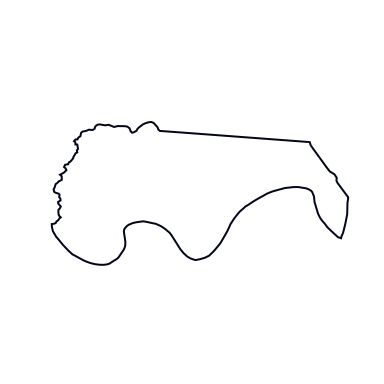 Palestina do Pará, Pará, Brazil (Robinson projection), rotated 69°
{"feature_id": "56859067B39725810358642", "entity_name": "Palestina do Pará", "entity_type": "district", "adm_level": 2, "iso_a3": "BRA", "parent_name": "Brazil", "parent_adm1": "Pará", "projection": "robinson", "projection_center": [-48.372, -5.911], "detail": "fine", "context": "isolated", "style": "outline", "palette": "ink", "viewbox_px": 384, "rotation_deg": 69, "n_neighbors": 0, "source": "geoboundaries", "source_scale": "gbopen_adm2", "svg_char_len": 2382}
<svg xmlns="http://www.w3.org/2000/svg" viewBox="0 0 384 384"><g transform="rotate(69 192 192)"><path d="M96.9,265.9L97.0,268.7L96.4,272.6L97.0,274.3L99.9,276.2L100.5,278.6L101.8,280.1L101.2,282.0L102.3,283.9L103.8,283.1L105.8,283.8L106.6,282.1L111.0,283.0L111.9,284.6L113.9,284.9L114.1,286.8L115.5,288.4L116.6,290.0L117.9,290.8L120.0,294.5L120.2,296.3L121.7,297.6L121.1,300.6L122.8,302.5L124.5,301.6L126.6,301.4L128.1,304.9L128.6,309.0L130.5,308.0L134.0,309.2L134.4,312.8L135.3,314.5L135.8,316.5L138.4,318.5L139.9,320.2L142.4,320.7L144.1,319.3L145.9,316.9L147.4,316.7L149.0,317.8L151.3,317.3L152.8,317.8L153.3,320.6L154.8,321.0L158.5,319.7L159.9,321.2L160.8,323.1L163.3,324.1L165.5,324.6L167.1,324.4L168.6,323.6L169.2,325.2L170.4,327.0L170.9,329.0L172.2,330.5L172.1,332.7L171.7,334.4L174.3,335.3L178.7,335.9L185.3,334.8L187.1,334.1L195.5,331.3L202.0,328.6L207.3,326.0L216.5,318.1L217.8,317.0L221.8,312.5L224.5,308.6L226.7,304.6L228.4,300.3L229.1,297.4L229.3,295.0L227.4,285.5L226.5,283.7L221.2,276.1L219.3,274.4L217.8,273.4L214.8,272.1L204.5,269.8L202.9,268.9L201.6,267.4L200.4,264.8L199.9,262.9L199.8,258.4L200.2,255.3L201.8,248.3L202.8,246.4L208.9,237.0L212.8,233.2L216.6,230.5L222.0,227.5L224.7,226.7L234.0,224.8L241.2,223.4L246.0,221.8L250.5,219.6L253.6,217.1L256.8,213.2L257.6,208.6L258.0,203.7L257.6,198.9L256.3,195.8L255.6,194.1L254.6,192.0L252.0,187.4L250.7,185.0L249.3,183.0L241.7,173.6L238.2,169.9L235.9,167.7L231.9,162.2L228.4,156.3L227.5,154.6L225.3,148.7L224.6,147.1L224.4,145.2L222.8,138.0L222.0,133.5L220.4,122.4L220.3,118.1L220.4,115.6L221.6,103.8L223.8,95.4L225.6,90.7L229.4,84.3L231.2,82.2L233.3,80.5L235.0,79.8L239.6,79.7L245.4,81.2L257.3,82.1L260.8,81.8L263.0,81.5L266.4,80.5L268.8,79.5L272.8,78.4L274.4,77.8L276.9,76.6L278.4,75.9L286.5,71.9L288.6,69.4L286.7,68.1L284.4,65.7L276.7,60.3L274.8,59.1L268.4,55.1L257.5,50.6L255.1,49.1L252.9,48.1L235.6,52.9L233.2,53.1L230.6,51.8L226.5,52.7L222.2,56.0L217.2,57.5L192.4,64.1L190.5,64.5L187.6,64.2L140.0,165.0L126.0,194.7L123.5,200.1L121.7,201.0L119.1,201.0L113.7,203.1L111.9,205.1L111.3,208.0L111.1,210.8L111.3,213.6L112.7,218.4L113.5,220.2L114.9,221.9L115.4,224.7L115.1,226.8L113.1,227.5L110.1,227.5L107.7,229.0L106.5,231.1L103.8,237.8L103.4,241.4L99.4,245.7L98.7,249.0L97.2,251.6L95.9,253.8L95.4,255.5L95.6,257.5L96.5,259.2L98.1,260.3L98.5,262.5L96.9,265.9Z" fill="none" stroke="#020617" stroke-width="2"/></g></svg>